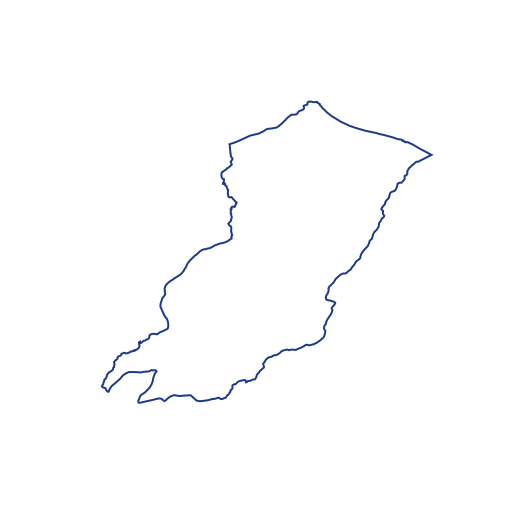 Zumalai, Cova Lima, East Timor, rotated 234°
{"feature_id": "22284137B47375840688188", "entity_name": "Zumalai", "entity_type": "district", "adm_level": 2, "iso_a3": "TLS", "parent_name": "East Timor", "parent_adm1": "Cova Lima", "projection": "equal_earth", "projection_center": [125.45, -9.134], "detail": "fine", "context": "isolated", "style": "outline", "palette": "blue", "viewbox_px": 512, "rotation_deg": 234, "n_neighbors": 0, "source": "geoboundaries", "source_scale": "gbopen_adm2", "svg_char_len": 6072}
<svg xmlns="http://www.w3.org/2000/svg" viewBox="0 0 512 512"><g transform="rotate(234 256 256)"><path d="M232.9,56.7L233.1,57.5L234.0,58.8L234.6,60.2L235.5,62.5L235.8,65.1L235.8,66.6L236.5,73.8L237.6,78.1L237.5,81.8L236.8,84.9L234.5,88.3L229.2,94.8L228.6,96.5L225.6,101.5L225.0,104.7L223.9,105.5L222.6,107.6L222.2,107.8L221.1,107.6L220.2,104.8L217.5,101.0L215.5,99.0L213.5,96.0L212.8,94.2L212.2,93.2L211.8,91.0L211.4,89.5L210.9,86.2L210.9,84.6L211.1,82.3L210.9,80.7L210.4,79.4L208.7,76.9L208.3,76.0L207.7,75.3L206.5,74.8L205.5,75.7L201.8,84.4L200.8,86.6L198.9,91.4L197.8,93.8L196.0,95.7L193.4,96.2L192.3,97.0L192.3,98.2L192.6,100.1L192.7,103.5L192.4,105.5L191.4,108.1L188.0,111.5L187.3,112.5L182.2,120.7L181.4,121.4L174.1,122.9L172.3,124.3L171.1,125.9L168.4,130.7L166.8,134.2L166.0,136.6L165.2,137.7L164.4,139.4L163.8,141.5L163.4,142.3L162.9,142.8L161.3,143.3L160.1,144.5L159.9,146.2L159.3,147.7L159.2,148.5L160.3,150.9L160.1,152.4L160.3,153.4L161.0,154.0L161.2,155.5L162.3,156.3L162.4,158.0L162.8,159.2L164.6,160.4L165.2,161.1L165.2,162.2L164.4,164.2L164.8,167.7L164.5,169.2L162.8,173.2L162.3,173.9L161.8,174.4L160.8,174.4L160.0,173.7L159.6,173.7L159.4,174.3L159.6,175.6L159.2,176.7L158.4,178.0L158.0,180.6L157.0,182.5L157.0,183.1L157.7,184.8L159.5,187.1L159.9,189.8L160.8,192.0L160.7,193.0L161.1,194.9L161.1,196.8L161.4,197.2L162.1,197.5L164.4,198.2L164.7,198.7L165.0,200.2L166.4,203.3L166.6,206.6L165.5,208.8L165.3,210.0L165.4,211.0L164.9,212.5L164.2,213.5L163.6,215.7L163.5,217.7L163.9,220.7L163.7,222.1L162.5,225.2L161.8,226.4L160.5,227.2L159.0,230.4L156.9,232.5L156.7,233.0L155.1,239.8L154.8,243.8L154.3,245.1L153.0,246.0L152.2,247.0L151.2,249.8L150.8,250.3L150.1,254.1L150.0,258.2L150.3,262.1L150.6,263.2L152.7,266.2L154.5,268.0L157.0,268.3L157.7,268.6L158.6,269.5L159.4,270.5L160.0,272.7L161.4,274.0L162.6,276.3L165.0,282.6L166.0,284.4L167.4,286.1L168.9,286.3L169.7,287.2L170.5,290.7L171.1,292.2L171.4,292.5L172.3,292.5L173.5,291.9L175.9,290.2L178.6,287.7L179.9,287.4L181.2,287.9L182.1,288.8L182.8,289.9L183.4,291.7L184.6,293.5L186.0,295.0L187.2,295.6L188.1,297.1L188.8,302.5L189.3,304.1L190.5,306.6L191.2,312.1L191.1,314.1L190.7,316.1L189.3,318.1L189.1,318.9L189.5,322.2L189.4,324.4L189.7,325.5L190.4,326.8L191.2,330.4L192.6,333.4L192.8,335.2L192.7,337.8L193.0,338.9L194.8,341.0L196.1,342.9L196.6,345.0L197.5,347.5L198.3,352.2L199.6,354.5L201.5,357.0L201.9,360.0L204.7,363.6L205.9,366.0L206.2,369.1L207.7,372.4L208.3,373.2L209.9,374.4L210.5,375.5L211.1,377.7L212.3,379.9L212.3,381.1L212.6,382.7L213.2,383.4L215.5,383.5L216.1,383.8L217.5,385.1L218.0,385.3L219.4,384.9L219.8,384.9L220.5,385.3L221.2,386.6L222.2,390.9L223.3,391.9L224.3,394.0L224.7,396.5L225.1,398.0L226.0,398.7L228.1,401.8L228.2,402.5L228.0,403.7L227.2,406.6L227.7,408.3L229.4,411.1L230.9,412.6L231.2,413.2L231.2,414.2L230.8,415.2L229.8,416.9L230.4,420.0L231.3,421.8L233.1,423.0L233.5,423.7L233.0,424.8L233.2,425.9L234.1,427.3L235.5,428.0L235.8,428.4L237.1,431.5L238.0,440.6L237.8,441.5L237.0,442.4L234.7,457.4L247.0,451.4L253.9,448.4L259.0,445.6L259.8,444.2L260.5,443.5L260.8,443.8L261.1,443.8L262.0,443.0L262.9,442.6L263.0,442.3L263.8,442.7L267.7,439.1L271.8,436.2L279.6,429.9L281.2,428.3L285.1,425.3L293.4,417.8L300.4,412.4L306.2,408.3L314.9,403.5L324.3,399.6L327.9,398.5L331.5,397.6L334.4,397.3L335.8,396.8L339.5,396.7L340.6,396.3L341.7,396.9L343.7,395.8L344.4,395.7L344.7,395.9L345.3,395.2L345.6,394.4L347.2,392.3L348.4,391.5L349.5,390.0L349.8,389.4L349.9,388.5L349.8,387.9L348.4,386.7L348.4,386.1L349.4,383.4L349.4,382.8L349.1,382.4L347.8,382.1L347.0,381.3L346.8,379.9L347.8,376.1L347.7,375.0L346.8,372.3L347.5,370.6L349.5,367.7L349.4,363.2L348.1,355.9L347.7,351.1L347.9,347.9L349.9,343.8L351.8,340.4L352.4,338.6L352.6,334.5L353.5,330.0L356.8,322.1L359.3,309.7L360.1,306.2L362.0,300.3L353.3,295.3L351.0,294.2L350.0,294.1L349.1,294.4L348.1,293.8L347.0,290.8L345.6,290.6L344.1,290.0L343.6,285.2L344.0,284.3L343.5,282.2L343.8,280.8L343.6,279.3L343.8,277.4L341.9,275.6L339.9,274.5L338.9,274.4L337.8,274.6L337.0,275.2L335.1,273.8L334.4,272.1L333.8,271.6L333.4,272.0L333.1,273.3L332.5,273.4L331.3,272.6L330.0,273.2L326.9,272.2L325.9,272.3L323.3,270.1L320.7,268.7L319.9,268.6L319.3,268.9L318.6,269.6L318.3,270.5L318.0,270.8L312.5,271.3L311.4,271.7L310.6,271.7L310.6,271.0L309.7,270.4L309.2,269.0L308.4,268.2L308.4,267.3L309.7,266.2L309.9,265.5L309.6,264.4L308.8,264.3L308.3,263.8L308.7,262.9L307.7,262.6L306.0,260.9L305.0,260.9L304.5,260.3L301.4,259.1L300.3,257.4L299.2,256.4L298.4,252.6L296.1,252.5L294.9,253.1L293.6,252.8L290.4,250.2L289.7,250.1L288.9,249.6L287.0,249.0L286.6,248.7L286.3,247.6L285.9,247.2L284.5,246.6L284.8,240.7L285.4,238.4L287.4,233.8L288.8,228.7L289.4,223.5L290.4,221.5L291.1,219.3L292.1,217.7L292.6,215.6L292.7,213.0L292.1,208.6L292.2,206.7L291.2,199.9L290.4,196.9L289.3,194.5L288.6,193.6L287.6,191.3L287.2,190.0L286.5,188.8L285.5,184.8L285.4,182.9L285.8,178.0L285.8,175.7L286.1,171.1L286.0,169.1L285.3,165.9L284.2,164.0L283.0,162.6L281.6,162.0L280.7,161.1L279.1,160.5L278.3,160.0L276.7,155.2L273.5,150.8L271.2,148.9L261.8,146.9L258.5,146.8L257.3,147.0L256.1,146.6L253.7,145.7L251.8,144.5L250.6,143.6L249.3,142.2L249.2,141.1L249.3,140.1L250.0,136.2L250.7,133.9L250.8,131.7L250.7,130.3L251.2,129.4L252.3,128.6L253.4,127.2L254.2,125.5L254.6,123.9L254.0,122.7L252.6,121.6L252.3,120.1L252.8,118.1L252.7,116.9L253.5,115.1L253.2,113.2L253.5,112.2L253.3,112.0L253.4,111.4L254.0,111.2L254.9,111.8L255.1,110.9L254.8,110.4L253.3,109.5L251.7,109.0L251.3,108.5L250.5,106.9L250.4,104.4L251.0,103.1L250.6,102.9L250.8,101.8L251.0,101.3L251.4,101.4L251.8,99.3L252.4,98.2L252.3,96.9L253.1,94.6L253.7,93.4L254.4,93.1L255.4,92.2L255.5,91.2L255.9,90.0L255.7,89.1L255.4,88.9L255.0,88.1L255.7,85.4L255.2,84.7L255.2,84.3L254.3,83.4L254.1,82.1L254.2,80.9L253.7,79.0L253.5,78.7L251.2,77.7L250.5,76.5L249.5,75.9L249.5,75.0L249.3,74.5L248.4,73.8L248.0,72.4L248.0,70.6L248.3,68.8L247.4,65.6L246.0,63.9L245.3,62.7L245.1,60.5L244.1,59.9L243.4,58.4L242.1,57.0L241.9,56.1L241.4,55.5L241.4,55.0L240.1,54.6L237.7,56.4L236.7,56.4L234.8,55.9L232.9,56.7Z" fill="none" stroke="#1e3a8a" stroke-width="2"/></g></svg>